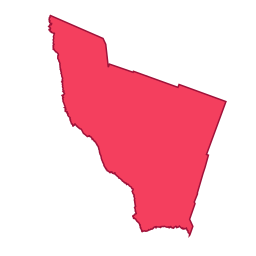 Iriondo, Santa Fe, Argentina (orthographic projection), rotated 98°
{"feature_id": "61730980B62800099035851", "entity_name": "Iriondo", "entity_type": "district", "adm_level": 2, "iso_a3": "ARG", "parent_name": "Argentina", "parent_adm1": "Santa Fe", "projection": "orthographic", "projection_center": [-61.163, -32.744], "detail": "fine", "context": "isolated", "style": "filled", "palette": "rose", "viewbox_px": 256, "rotation_deg": 98, "n_neighbors": 0, "source": "geoboundaries", "source_scale": "gbopen_adm2", "svg_char_len": 5902}
<svg xmlns="http://www.w3.org/2000/svg" viewBox="0 0 256 256"><g transform="rotate(98 128 128)"><path d="M225.3,51.9L216.4,50.1L209.8,54.3L193.6,51.1L192.1,52.1L183.5,50.0L182.8,50.3L162.7,47.4L156.0,46.2L143.7,44.6L143.3,46.6L88.2,34.7L77.8,83.5L80.8,84.2L71.1,130.5L72.1,130.7L67.3,155.3L70.5,156.0L48.2,161.7L42.8,165.2L27.4,220.5L27.8,220.7L28.6,220.8L29.2,220.6L30.0,221.3L30.5,221.1L31.3,221.2L31.9,221.2L32.7,220.2L33.0,220.2L33.1,220.4L33.1,220.8L33.3,220.8L34.6,220.1L35.1,219.3L35.6,219.0L35.8,218.6L35.6,218.4L35.2,218.6L35.1,218.2L35.5,218.1L36.3,218.3L36.6,218.6L36.6,219.6L36.8,219.8L37.8,219.9L38.4,220.7L38.8,220.3L39.0,219.5L39.2,219.4L39.9,218.6L40.7,218.7L41.0,219.2L41.1,219.7L41.5,219.9L42.0,219.6L41.8,219.0L41.8,218.8L43.0,218.6L43.3,218.4L43.4,218.0L43.3,217.4L44.0,217.1L44.1,216.8L44.0,216.4L44.6,214.9L44.4,214.1L44.5,214.0L48.1,214.6L49.0,214.1L50.4,214.1L51.1,214.4L52.6,213.7L54.0,213.9L55.2,213.7L55.4,213.4L55.3,213.0L55.5,212.9L55.9,213.2L56.5,213.2L57.2,213.7L58.0,213.0L58.9,213.3L59.8,212.8L60.3,213.1L60.5,212.9L60.3,212.2L61.0,211.9L62.0,210.7L62.6,210.3L62.6,209.6L62.8,209.3L64.1,207.6L65.2,207.1L65.6,207.1L65.7,207.4L66.2,207.5L68.9,207.2L69.7,206.6L70.0,206.2L71.3,205.8L72.1,205.1L72.6,204.9L73.7,204.3L74.9,204.3L75.4,204.0L77.3,203.7L78.0,203.4L78.3,203.4L78.9,203.0L79.5,203.2L79.9,202.6L80.9,202.5L82.2,201.7L83.1,202.0L84.0,201.3L86.4,200.6L87.6,199.7L89.8,199.8L90.4,199.2L90.7,199.2L91.0,199.5L91.1,199.9L91.5,200.1L92.1,199.3L92.7,199.0L94.0,199.1L94.6,198.6L96.4,198.6L97.5,197.8L99.2,197.8L100.1,197.3L100.3,196.8L101.0,197.4L101.3,196.6L102.0,196.4L102.5,195.8L102.9,195.6L104.4,196.9L104.7,197.7L105.0,197.9L105.2,197.7L104.9,197.0L105.0,196.7L105.7,197.1L106.7,196.7L106.9,196.4L107.2,196.8L107.4,196.9L107.6,196.7L108.3,196.7L108.7,196.2L109.3,196.3L109.7,196.1L110.5,196.1L112.6,194.8L113.5,194.3L113.9,194.3L114.8,193.6L116.3,193.1L116.6,193.5L116.7,192.9L116.8,192.7L117.4,192.8L117.7,192.3L118.1,192.1L118.4,192.1L118.5,192.7L118.7,192.8L119.7,192.5L120.1,192.5L120.2,191.8L120.7,191.3L120.4,190.7L120.5,190.5L121.0,190.7L121.2,190.4L121.8,190.4L122.0,190.1L121.9,189.7L122.4,189.3L122.8,189.6L123.3,189.6L124.4,188.8L124.9,188.2L125.6,187.0L125.8,186.8L126.2,186.6L127.1,186.9L127.6,186.2L128.7,186.2L129.0,185.8L131.7,184.5L131.6,184.2L131.8,183.7L132.9,183.1L133.6,183.0L133.7,182.8L133.6,182.4L133.4,182.3L133.0,182.5L132.8,182.4L132.7,181.7L132.3,181.7L131.7,181.4L131.4,181.2L131.4,180.9L132.1,180.6L132.3,179.9L132.9,179.5L133.5,178.7L133.4,178.3L134.0,178.0L134.5,176.9L135.1,176.3L135.1,175.8L135.5,175.5L135.5,174.4L136.0,174.1L136.3,173.6L139.6,171.3L139.6,170.9L139.9,170.6L140.8,169.0L141.2,168.5L141.5,167.9L142.1,167.2L142.1,166.8L141.7,166.4L141.7,165.9L141.0,165.5L141.0,165.1L141.7,164.9L141.9,163.5L142.3,163.3L143.2,162.2L143.7,162.2L143.7,161.7L144.2,161.6L144.0,161.1L144.4,160.9L145.4,159.7L145.7,159.6L145.7,159.1L146.1,159.0L146.6,158.0L147.8,157.3L148.2,156.7L148.5,156.7L148.7,156.4L149.0,156.4L149.2,156.0L149.9,155.6L150.3,155.0L150.6,154.7L151.6,154.5L152.4,154.0L153.1,153.9L153.7,153.4L156.3,152.7L157.0,152.3L157.7,152.1L159.2,151.0L160.2,150.7L160.6,150.4L161.1,150.4L162.0,150.1L163.2,149.4L163.8,149.2L164.3,148.7L165.2,148.4L166.1,147.6L166.6,147.5L167.3,146.8L168.3,146.7L168.6,146.4L169.4,146.0L170.0,145.3L170.6,145.0L170.8,144.5L171.4,144.4L171.7,143.6L172.4,143.5L172.7,142.8L173.3,142.5L173.3,142.3L173.3,142.0L173.6,141.2L174.7,139.6L174.4,139.2L174.4,138.8L173.8,138.8L173.7,137.9L174.9,137.0L175.2,135.5L174.6,135.3L174.3,135.0L174.2,134.8L174.4,134.6L175.0,134.7L175.9,133.9L176.1,133.6L176.2,133.1L177.1,132.1L178.0,130.5L178.9,130.0L178.9,129.3L179.4,128.2L180.0,127.6L180.3,126.8L180.9,126.6L181.4,125.9L181.4,125.5L182.1,124.6L182.2,124.1L182.6,124.0L182.9,123.2L182.6,122.8L182.6,122.5L184.0,121.6L183.5,121.2L183.9,120.5L183.7,120.1L183.8,119.8L185.1,118.6L186.2,116.3L186.7,116.2L187.5,115.6L187.5,114.8L187.6,114.6L188.5,114.3L188.7,114.5L190.2,115.1L191.0,114.4L191.3,114.4L192.4,113.8L192.6,113.4L193.3,112.7L194.0,112.5L194.6,112.8L195.1,112.3L195.4,112.3L196.4,111.9L196.9,111.5L197.8,111.7L198.7,111.6L199.2,111.4L199.4,111.1L199.7,111.2L200.3,111.0L200.6,111.0L201.0,110.7L201.6,110.7L202.2,110.3L202.6,110.4L202.9,110.1L203.3,110.1L203.9,109.8L204.3,110.0L204.7,109.7L204.9,110.0L205.5,110.0L206.0,110.4L206.5,109.9L207.1,109.8L207.4,109.5L208.9,109.3L209.1,109.0L209.5,109.1L209.7,108.8L210.5,108.5L211.5,107.9L211.8,108.1L212.2,109.1L212.7,109.2L213.3,109.5L213.5,110.0L213.7,110.3L214.0,110.3L214.4,111.0L214.7,111.0L214.9,110.6L215.6,110.4L215.9,110.0L216.5,110.0L216.7,109.8L216.4,109.2L216.8,108.9L217.1,107.7L218.1,107.1L218.5,106.5L219.1,106.2L219.4,105.4L219.8,105.1L220.7,103.8L221.2,103.4L222.1,103.0L222.3,102.4L222.5,102.4L223.0,102.6L223.4,102.2L223.8,102.2L224.5,101.9L225.0,102.0L225.2,101.8L225.2,101.4L225.8,101.3L226.4,100.9L227.4,100.0L227.9,100.2L228.6,99.7L228.6,99.3L228.0,98.7L227.8,97.8L227.6,97.4L227.5,97.2L227.8,96.5L227.6,96.1L227.6,95.5L227.1,94.3L226.8,93.9L225.9,93.4L226.1,93.0L225.9,92.3L225.4,91.7L224.8,91.2L224.9,90.4L224.6,89.8L223.9,89.1L223.5,89.1L223.3,89.0L223.1,88.5L222.6,88.3L221.9,87.1L221.9,86.9L222.7,86.6L222.9,86.4L221.8,86.0L222.0,85.5L221.7,84.5L221.8,83.5L221.6,83.1L221.9,82.3L222.0,81.9L221.7,81.6L221.1,81.7L220.7,80.3L220.8,79.4L220.5,79.0L220.3,78.2L220.8,75.8L220.7,75.0L220.3,74.2L220.3,73.7L221.0,73.6L221.1,73.3L220.4,72.4L219.8,72.2L219.6,71.9L220.6,70.9L220.9,69.1L220.8,68.9L220.2,69.1L219.8,68.3L218.7,67.0L218.7,66.8L218.9,66.3L219.7,66.1L219.9,65.8L219.5,65.4L219.2,64.6L219.0,64.2L218.0,63.5L219.8,61.0L219.5,60.4L220.2,60.1L220.3,59.6L220.3,58.9L219.6,58.7L219.7,58.4L220.0,57.9L220.0,57.6L219.0,56.2L219.3,56.0L219.8,56.0L220.4,55.4L221.2,55.1L221.3,54.5L221.4,54.4L222.9,54.0L223.3,53.7L223.6,53.0L224.2,52.6L224.4,52.2L225.8,52.2L225.3,51.9Z" fill="#f43f5e" stroke="#9f1239" stroke-width="1.5"/></g></svg>